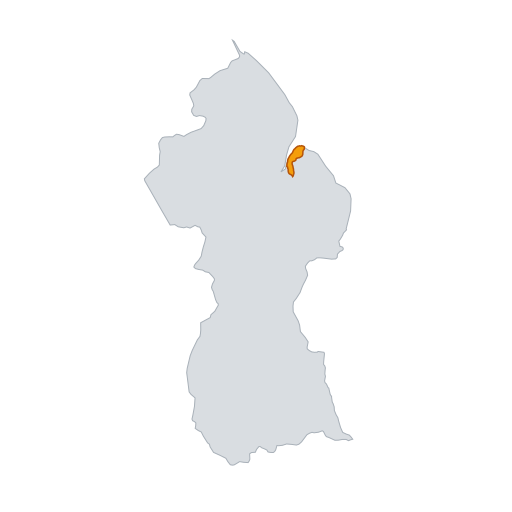 III-2 Bonasika/Boerasirie, Essequibo Islands-West Demerara, Guyana (highlighted), rotated 8°
{"feature_id": "73187651B69188247216871", "entity_name": "III-2 Bonasika/Boerasirie", "entity_type": "district", "adm_level": 2, "iso_a3": "GUY", "parent_name": "Guyana", "parent_adm1": "Essequibo Islands-West Demerara", "projection": "natural_earth1", "projection_center": [-58.423, 6.616], "detail": "fine", "context": "in_parent", "style": "filled", "palette": "amber", "viewbox_px": 512, "rotation_deg": 8, "n_neighbors": 0, "source": "geoboundaries", "source_scale": "gbopen_adm2", "svg_char_len": 5139}
<svg xmlns="http://www.w3.org/2000/svg" viewBox="0 0 512 512"><g transform="rotate(8 256 256)"><path d="M166.7,237.3L156.2,223.9L145.7,210.3L135.4,197.0L134.7,195.1L139.0,188.8L142.9,184.2L146.1,181.6L147.6,179.4L146.5,169.6L146.6,166.0L145.1,162.2L144.0,157.9L145.3,154.3L146.8,151.8L148.9,150.9L153.7,150.0L157.1,149.6L158.3,148.2L160.3,146.5L162.9,146.5L168.0,147.6L170.3,145.5L174.5,142.5L183.9,137.5L186.1,134.2L187.5,129.1L187.4,126.7L186.4,125.7L184.1,124.9L180.5,124.8L177.6,126.1L174.7,125.4L172.2,122.2L172.0,119.6L173.5,116.0L172.7,113.5L168.0,105.8L168.0,103.6L171.4,100.2L173.4,97.2L176.0,90.1L178.1,87.7L184.7,86.9L186.4,85.4L189.7,81.7L194.7,77.4L201.9,74.0L204.0,67.8L205.2,66.1L211.0,62.8L212.0,61.0L211.8,59.5L202.7,45.6L204.5,46.5L211.6,55.6L215.5,57.6L216.3,57.6L216.4,55.3L220.0,56.3L229.3,62.5L243.0,72.8L262.1,92.2L267.6,99.6L271.3,103.1L277.0,111.5L278.6,115.7L278.5,132.2L273.4,143.3L272.2,151.7L271.9,162.8L269.0,169.2L272.9,165.8L274.1,155.7L277.4,149.6L281.7,142.9L287.5,141.3L293.7,144.1L298.7,144.6L303.1,146.6L312.4,157.3L321.6,165.8L324.9,172.6L334.6,176.0L340.4,181.4L342.2,186.1L343.4,198.2L341.5,216.6L342.0,217.5L339.4,221.1L338.9,223.4L337.2,227.5L335.9,229.7L337.8,234.8L340.0,235.0L340.9,235.6L341.4,236.6L341.3,237.7L340.4,238.7L338.4,239.9L336.4,242.8L336.6,246.1L335.3,247.8L331.3,248.6L323.4,248.7L319.6,248.9L316.5,249.4L314.5,251.5L311.9,253.0L309.9,253.3L308.1,255.7L306.3,259.2L306.9,261.5L308.8,264.7L309.8,267.9L308.4,273.1L306.9,277.2L306.0,280.2L304.7,286.1L301.7,292.6L299.5,296.3L299.6,300.4L300.6,306.1L306.8,314.4L308.8,318.4L310.5,324.7L316.1,329.8L319.6,333.8L319.3,339.2L319.7,340.9L321.9,342.2L324.5,343.2L327.4,343.2L330.1,342.7L330.7,341.9L336.7,341.9L337.4,343.2L337.7,350.9L338.0,354.0L339.4,355.3L340.3,357.2L340.3,358.9L340.6,363.3L341.5,365.5L341.3,370.2L342.0,371.8L343.6,373.0L345.7,376.3L346.5,376.7L346.9,377.9L348.7,382.6L349.7,384.0L350.3,384.2L350.6,385.8L351.9,390.2L352.8,391.3L354.4,394.5L355.1,398.1L357.4,402.0L359.6,404.8L360.7,407.7L363.6,414.1L366.4,418.6L370.2,419.8L373.4,420.4L375.4,422.1L377.3,424.0L375.2,424.9L373.3,426.0L370.7,425.1L367.1,425.6L363.3,426.9L359.8,427.5L353.2,425.5L351.2,425.2L349.9,424.3L347.2,420.4L345.9,419.9L342.4,421.8L338.1,423.0L336.0,422.8L333.6,424.1L331.3,425.9L327.0,433.7L324.7,436.4L322.3,437.6L317.5,437.6L312.4,437.9L308.5,439.8L304.9,440.7L303.1,440.8L302.5,445.1L301.7,447.0L300.5,448.2L297.7,448.5L295.2,448.4L293.7,446.6L290.9,445.7L288.3,445.1L286.7,444.1L285.4,444.3L284.3,446.1L283.4,447.6L282.7,450.4L278.8,451.3L277.2,452.8L278.2,458.1L277.7,460.1L276.9,461.7L272.3,462.0L268.4,461.9L266.1,463.8L263.3,466.0L261.6,466.4L259.6,466.3L256.9,463.7L254.3,460.5L247.8,458.3L241.3,456.4L237.1,451.4L236.1,448.9L234.1,447.8L229.0,441.8L226.3,437.9L223.2,436.9L219.8,435.2L219.9,432.4L219.7,429.7L218.2,428.6L216.1,427.9L215.3,426.4L215.6,422.9L216.0,413.7L215.4,405.0L210.8,402.0L208.7,399.9L205.2,387.0L203.6,381.2L203.5,376.9L204.7,364.0L206.0,358.4L209.6,347.2L211.7,343.4L211.8,340.6L211.6,337.0L210.5,329.8L216.6,325.3L219.2,323.4L219.6,320.3L222.9,316.5L224.3,312.9L225.5,310.0L225.2,308.5L223.8,307.6L222.1,304.9L218.6,297.0L217.3,295.4L216.3,293.2L216.8,289.7L218.2,285.9L218.0,284.4L215.9,282.3L211.6,278.9L208.0,278.7L205.2,277.4L201.1,277.3L197.8,276.9L196.0,275.6L196.4,273.6L197.2,272.0L199.9,268.0L201.8,263.8L202.0,259.6L202.6,254.2L203.4,249.5L203.8,244.2L199.5,240.7L198.1,237.8L196.3,235.2L194.4,235.2L191.4,234.1L186.8,237.5L183.2,236.9L180.6,238.1L174.9,237.9L171.2,236.2L166.7,237.3Z" fill="#d9dde1" stroke="#a8b0b8" stroke-width="1"/><path d="M281.2,172.3L281.5,171.9L281.7,171.4L281.8,170.7L281.8,170.1L282.0,169.5L282.0,168.8L282.0,168.3L281.8,167.6L281.7,167.2L281.5,166.7L281.3,166.2L281.2,165.7L281.1,165.1L281.0,164.6L280.8,164.1L280.6,163.7L280.4,163.1L280.2,162.6L280.1,162.1L279.8,161.5L279.5,160.9L279.2,160.4L279.0,159.9L278.9,159.4L278.8,158.9L278.8,158.4L278.9,157.9L279.2,157.5L279.6,157.2L280.1,157.0L280.6,156.8L281.0,156.6L281.4,156.2L281.8,155.9L282.1,155.5L282.2,154.9L282.1,154.4L282.3,154.0L282.6,153.6L283.2,153.4L283.7,153.1L284.1,152.9L284.6,152.8L285.1,152.7L285.6,152.4L285.9,152.1L286.4,151.8L286.7,151.5L287.1,151.2L287.5,150.8L287.8,150.4L288.0,149.9L288.0,149.3L288.2,148.7L288.1,148.0L288.0,147.4L288.0,146.7L287.9,146.1L287.9,145.6L288.1,145.1L288.2,144.6L288.5,144.2L288.8,143.8L288.9,143.3L288.8,142.7L288.8,142.1L288.9,141.6L288.8,141.3L288.7,141.2L287.8,140.7L287.7,140.7L287.0,140.6L285.8,140.4L285.5,140.6L285.1,140.8L284.6,140.9L283.9,140.8L283.1,141.2L282.3,141.4L281.8,141.7L280.1,143.5L279.7,144.3L279.3,144.6L278.8,145.2L278.5,145.9L278.2,146.7L277.7,148.7L276.4,150.4L275.7,151.7L275.2,152.7L274.9,153.8L274.4,154.9L274.0,156.9L274.2,157.8L274.1,159.1L273.9,159.6L273.9,161.1L274.0,161.9L274.0,162.5L273.9,162.8L274.3,163.1L274.6,163.4L275.0,163.7L275.0,164.2L275.2,164.8L275.5,165.2L275.8,165.7L275.9,166.4L276.0,167.1L276.1,167.7L276.3,168.2L276.5,168.7L276.7,169.1L277.2,169.6L277.6,170.0L278.2,170.2L278.7,170.4L279.2,170.6L279.6,170.7L279.9,170.9L280.4,171.3L280.8,171.6L281.2,172.3Z" fill="#f59e0b" stroke="#b45309" stroke-width="1.5"/></g></svg>